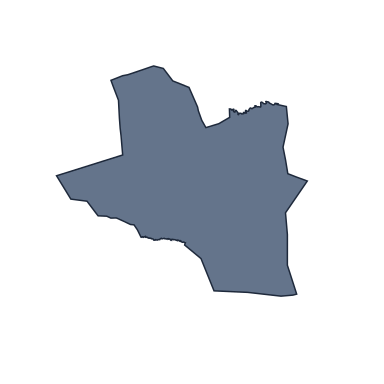 the district of O'ndor-Ulaan, Arhangay, Mongolia, rotated 68°
{"feature_id": "93677404B74246674893710", "entity_name": "O'ndor-Ulaan", "entity_type": "district", "adm_level": 2, "iso_a3": "MNG", "parent_name": "Mongolia", "parent_adm1": "Arhangay", "projection": "orthographic", "projection_center": [100.716, 48.014], "detail": "fine", "context": "isolated", "style": "filled", "palette": "slate", "viewbox_px": 384, "rotation_deg": 68, "n_neighbors": 0, "source": "geoboundaries", "source_scale": "gbopen_adm2", "svg_char_len": 5187}
<svg xmlns="http://www.w3.org/2000/svg" viewBox="0 0 384 384"><g transform="rotate(68 192 192)"><path d="M153.2,307.0L161.2,292.8L175.0,289.1L178.9,288.0L182.5,280.1L185.8,277.0L187.7,271.9L192.9,266.9L199.1,261.2L200.7,258.1L206.6,256.8L214.8,256.2L215.0,256.0L215.0,255.9L214.9,255.5L215.0,255.2L214.9,254.9L214.9,254.7L215.0,254.5L215.5,254.5L215.7,254.4L215.8,254.3L215.8,254.0L215.6,253.6L215.6,253.4L215.6,253.2L215.8,253.0L215.9,252.7L216.0,252.6L216.2,252.4L215.8,252.2L215.7,252.2L215.6,251.9L215.7,251.7L215.8,251.7L216.1,251.7L216.3,251.6L216.6,251.6L216.8,251.5L216.8,251.4L216.7,251.3L216.8,251.1L216.9,250.9L217.0,250.7L217.3,250.4L217.6,250.4L217.7,250.2L217.8,250.0L218.0,250.0L218.1,249.9L218.3,249.6L218.5,249.5L218.7,249.3L218.7,249.0L218.7,248.8L219.0,248.6L219.0,248.3L219.1,248.0L219.3,247.8L219.5,247.7L219.8,247.5L219.8,247.1L220.0,247.0L220.5,246.8L220.6,246.3L220.7,246.0L221.0,245.8L221.3,245.6L221.6,245.4L221.8,245.5L222.0,245.6L222.3,245.5L222.4,245.3L222.5,244.9L222.7,244.7L222.8,244.5L222.8,244.2L222.7,244.0L222.6,243.9L222.5,243.7L222.6,243.4L222.8,243.4L223.0,243.3L223.0,243.1L223.4,242.4L223.6,242.2L223.4,241.5L223.4,241.2L223.8,240.7L223.9,240.2L224.0,240.0L224.1,239.7L223.7,239.3L223.5,239.0L223.4,238.9L223.4,238.6L223.6,238.3L223.7,238.0L223.5,237.8L223.5,237.7L224.0,237.6L224.2,237.3L224.3,237.1L224.3,236.8L224.3,236.5L224.4,236.3L224.4,236.0L224.4,235.7L224.5,235.4L224.6,235.0L224.9,234.9L225.1,234.8L225.3,234.7L225.4,234.4L225.4,234.1L225.6,233.8L226.0,233.3L226.1,233.2L226.0,232.8L226.1,232.4L226.4,232.2L226.3,231.9L226.3,231.7L226.5,231.7L226.8,231.8L226.8,231.6L227.0,231.2L226.9,231.1L226.8,230.8L227.1,230.5L227.2,230.3L227.3,230.2L227.6,230.1L227.8,229.9L228.0,229.9L228.3,229.9L228.2,229.7L228.3,229.5L228.7,229.2L228.3,229.1L228.2,229.0L228.2,228.9L228.3,228.7L228.8,228.7L228.6,228.1L228.6,227.8L228.6,227.6L228.7,227.4L228.9,227.4L229.1,227.4L229.3,227.1L229.4,226.9L229.4,226.7L229.6,226.1L229.7,225.8L230.0,225.6L230.1,225.3L230.7,224.9L231.0,224.5L231.0,224.3L230.9,224.0L231.0,223.8L231.1,223.6L231.6,223.8L231.8,223.6L231.8,223.2L231.9,222.8L231.9,222.7L231.8,222.4L232.0,222.3L232.3,222.2L232.5,221.9L232.8,221.6L233.1,221.7L233.3,221.5L233.2,221.3L233.2,221.2L233.4,221.0L233.4,220.9L233.2,220.8L233.1,220.7L233.3,220.6L233.5,220.6L233.8,220.5L234.1,220.5L234.2,220.4L234.3,220.4L234.5,220.2L234.9,219.9L235.0,219.7L235.3,219.2L235.2,218.9L235.2,218.6L235.3,218.3L235.5,218.2L236.0,217.9L236.4,217.6L236.5,217.5L236.8,217.5L236.8,217.4L238.4,218.7L257.1,208.6L291.9,208.6L305.9,178.0L321.9,148.5L325.4,137.1L325.9,133.2L295.6,131.0L267.2,119.5L246.3,113.1L234.9,95.9L225.0,81.0L217.4,89.4L210.9,96.3L197.5,93.3L184.5,90.8L164.8,77.4L148.1,72.5L142.8,80.2L142.3,79.3L141.7,80.3L141.4,80.8L141.1,81.3L141.0,81.8L141.5,81.7L141.8,82.8L141.8,83.3L141.8,83.8L141.6,84.2L141.3,84.6L141.0,84.9L140.5,85.2L140.1,85.5L139.5,86.1L139.3,86.2L138.7,86.8L138.3,87.0L137.8,87.1L137.6,87.2L137.4,87.2L137.1,87.5L136.8,87.9L136.3,88.8L135.9,89.2L135.8,89.7L135.9,89.8L136.5,89.7L137.0,89.6L137.3,89.7L137.6,89.9L137.7,90.2L137.8,90.6L137.8,91.0L137.6,91.3L137.3,91.8L137.0,92.4L136.2,92.8L135.7,93.0L135.1,93.4L134.8,93.8L134.6,94.1L134.8,94.7L135.1,94.9L135.5,95.1L136.1,95.2L136.4,95.3L136.7,95.4L136.8,95.5L137.3,95.7L137.7,95.8L138.0,96.0L138.7,96.3L138.9,96.6L138.6,97.2L138.3,97.6L138.0,98.0L137.8,98.4L137.6,99.2L137.5,99.6L137.3,99.9L136.9,100.0L136.4,100.2L136.0,100.5L135.8,100.8L135.7,101.2L135.7,101.4L135.8,101.4L136.0,101.5L136.3,101.4L136.7,101.3L136.9,101.4L137.0,101.6L137.0,101.8L136.9,102.2L136.9,102.5L136.8,103.0L136.8,103.3L136.9,103.7L137.0,104.2L137.2,104.6L137.2,104.8L137.2,105.1L137.1,105.4L136.8,105.6L136.3,105.9L136.1,106.1L136.0,106.4L136.0,106.7L136.1,106.9L136.6,107.7L136.8,108.2L137.0,108.3L137.6,108.7L137.9,108.9L138.1,109.1L138.2,109.4L138.1,109.7L137.9,110.2L137.7,110.6L137.4,110.8L136.9,111.1L136.7,111.3L136.5,111.7L136.8,112.0L137.2,112.1L137.6,112.2L137.8,112.0L138.2,111.9L138.5,111.8L139.1,112.0L139.0,112.6L138.9,112.9L138.7,113.2L138.5,113.5L138.0,113.7L137.7,113.9L137.6,114.5L138.0,114.6L138.3,114.7L138.7,114.8L138.7,115.0L138.6,115.3L138.5,115.5L138.4,116.2L138.3,116.5L138.2,116.7L138.0,116.8L137.6,116.9L137.4,117.2L137.1,117.6L137.0,118.0L136.9,118.4L136.7,118.8L136.9,119.1L137.5,119.6L137.7,119.9L137.6,120.1L137.4,120.3L137.2,120.3L136.6,119.9L136.2,119.8L135.7,119.8L135.2,119.8L134.7,120.0L134.1,120.2L133.1,120.4L132.9,120.6L132.7,120.8L132.7,121.0L132.8,121.3L133.0,121.5L133.4,121.8L133.9,122.1L133.9,122.3L133.9,122.5L133.6,122.9L133.0,123.2L132.7,123.2L132.3,123.2L132.2,123.1L132.1,122.9L131.7,122.9L131.4,122.8L131.3,122.7L131.2,122.3L131.1,122.2L130.9,122.3L130.8,122.5L130.7,122.8L130.7,123.1L130.8,123.3L130.8,123.7L130.9,123.9L131.0,124.2L130.9,124.5L130.6,124.7L130.2,124.7L129.8,124.8L129.6,125.0L129.4,125.3L129.0,126.2L136.9,129.1L138.7,141.6L137.5,155.0L129.2,156.1L119.1,155.7L115.3,155.0L93.9,155.6L81.8,168.2L66.7,172.3L60.8,180.3L60.6,182.6L60.1,192.4L59.9,195.8L59.2,207.7L58.2,212.7L58.1,225.3L63.7,225.5L79.4,225.8L96.5,231.7L105.9,234.7L113.2,236.7L131.7,242.4L126.2,311.5L153.2,307.0Z" fill="#64748b" stroke="#1e293b" stroke-width="1.5"/></g></svg>